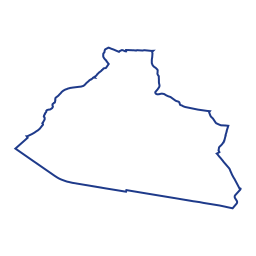 Zaanstad, Noord-Holland, Netherlands
{"feature_id": "6326949B52425900686836", "entity_name": "Zaanstad", "entity_type": "district", "adm_level": 2, "iso_a3": "NLD", "parent_name": "Netherlands", "parent_adm1": "Noord-Holland", "projection": "natural_earth1", "projection_center": [4.764, 52.469], "detail": "fine", "context": "isolated", "style": "outline", "palette": "blue", "viewbox_px": 256, "rotation_deg": 0, "n_neighbors": 0, "source": "geoboundaries", "source_scale": "gbopen_adm2", "svg_char_len": 5202}
<svg xmlns="http://www.w3.org/2000/svg" viewBox="0 0 256 256"><path d="M144.3,50.2L143.2,50.4L142.7,50.5L142.0,50.5L137.2,50.2L136.8,50.3L136.4,50.3L136.0,50.6L135.4,50.4L134.7,50.4L134.0,50.3L130.8,50.2L129.6,50.1L129.0,50.1L126.0,50.0L125.9,50.5L126.0,50.9L126.1,51.2L126.1,51.3L125.8,51.3L125.4,51.3L125.0,51.2L123.9,50.7L123.0,50.3L122.3,50.1L121.7,50.1L121.4,50.2L120.8,50.6L119.6,51.1L119.4,51.4L119.0,51.6L118.9,51.8L116.0,50.6L114.9,50.1L113.5,49.5L112.3,49.1L111.8,48.9L111.4,48.8L110.3,48.3L108.8,47.7L108.6,47.7L108.3,47.7L108.2,47.8L107.9,48.0L107.0,48.4L105.2,49.4L105.1,49.5L104.8,50.2L104.5,51.3L104.5,51.9L104.4,52.3L103.7,53.1L103.4,53.5L103.2,54.1L103.3,55.0L103.2,55.4L103.2,55.8L103.3,56.8L103.4,57.0L104.0,58.0L104.2,58.4L104.4,58.6L104.6,58.8L104.7,59.0L105.6,60.0L105.9,60.2L106.1,60.3L106.3,60.5L106.5,61.3L106.6,61.5L107.1,61.9L107.3,62.1L107.5,62.5L108.7,64.0L106.2,67.6L106.0,67.9L105.4,68.1L103.9,68.3L103.5,68.5L103.1,69.0L102.7,69.5L102.4,69.8L101.9,70.0L101.6,70.5L101.1,71.0L100.8,71.2L100.3,71.6L99.5,72.2L98.9,72.6L98.3,73.3L98.1,73.5L97.1,74.4L96.9,74.7L96.8,75.0L96.2,75.7L95.6,76.1L95.1,76.5L94.1,77.1L94.3,77.2L94.5,77.4L94.7,77.6L93.8,77.5L93.7,77.5L93.1,77.8L92.8,78.1L92.3,78.6L91.4,79.2L91.0,79.5L90.9,79.4L89.5,80.2L89.2,80.5L88.9,80.9L87.6,82.0L87.4,82.2L86.5,82.9L86.2,83.3L85.8,83.7L85.4,84.1L85.2,84.4L84.8,84.8L83.9,85.5L83.6,85.8L83.4,85.9L81.0,86.6L79.0,86.8L72.5,87.6L71.3,87.8L70.3,87.9L70.1,88.0L67.8,88.6L67.0,89.0L65.5,89.5L65.2,89.6L63.8,90.4L63.1,90.8L62.7,91.2L62.1,91.6L61.7,92.0L61.3,92.4L61.1,92.7L60.9,93.0L60.1,93.8L59.8,94.1L59.5,94.4L59.2,94.7L58.8,95.2L58.2,95.8L55.6,97.8L55.4,98.3L55.3,98.8L55.2,99.4L55.4,100.0L55.3,100.4L55.1,100.9L55.1,101.3L55.1,101.5L55.0,101.9L54.8,102.5L54.7,102.6L54.1,102.8L53.9,102.9L53.8,103.1L53.4,103.5L52.8,103.9L52.7,104.1L52.5,104.3L52.5,105.3L52.5,105.7L52.8,106.2L52.9,106.5L52.8,107.0L52.7,107.2L52.4,107.6L52.2,108.1L50.9,109.0L50.3,109.4L49.9,109.5L49.2,109.6L48.7,109.6L48.3,109.7L48.0,109.8L47.2,110.0L46.9,110.2L46.4,110.7L46.3,110.8L46.3,111.3L46.3,111.6L46.2,111.9L46.1,112.1L45.3,113.0L45.2,113.4L44.9,113.6L44.9,113.9L44.9,114.2L44.5,114.8L44.1,115.3L43.9,116.3L43.8,116.5L43.9,116.8L44.4,117.2L44.5,117.4L44.6,117.6L44.7,118.2L44.7,118.3L44.6,119.0L44.6,119.3L44.6,119.6L44.4,119.8L43.9,120.8L43.4,121.6L43.2,121.9L43.1,122.4L43.0,122.5L42.8,122.6L42.6,122.8L42.3,123.3L42.9,124.1L43.0,124.4L43.0,124.5L42.6,125.3L41.8,126.0L41.6,126.4L40.7,127.5L39.9,128.6L39.1,129.3L37.7,130.5L36.6,131.1L34.5,132.6L33.3,133.3L31.9,134.1L27.7,136.1L26.9,136.3L26.7,136.3L26.9,136.6L27.1,136.8L27.2,137.3L27.6,137.8L15.4,148.6L33.5,161.2L41.2,166.5L54.9,176.0L56.8,177.2L57.4,177.6L59.2,178.6L60.5,179.2L61.7,179.7L63.6,180.4L66.4,181.4L67.4,181.7L68.5,181.9L72.3,182.8L105.7,188.4L126.0,191.7L126.4,190.1L132.3,191.1L145.5,193.3L173.4,197.9L193.6,201.3L194.5,201.4L197.3,201.8L199.6,202.1L203.4,202.9L205.9,203.3L219.6,205.5L222.9,206.2L224.8,206.6L227.0,207.1L232.6,208.3L236.7,203.5L236.8,203.3L237.0,202.9L237.1,202.5L237.1,202.1L237.1,201.7L237.0,201.2L235.1,198.2L234.9,197.8L234.8,197.5L234.7,197.2L234.7,196.8L234.7,196.3L234.8,195.9L235.0,195.5L235.3,195.1L240.2,189.7L240.4,189.3L240.5,189.1L240.6,188.9L240.6,188.7L240.5,188.4L240.5,187.9L240.4,188.1L240.2,188.1L239.7,188.1L239.4,188.3L239.0,187.5L236.9,183.5L234.4,178.8L233.6,177.6L232.7,175.9L232.4,175.4L232.0,174.6L231.6,173.7L230.4,171.0L229.9,169.7L229.6,169.0L228.9,168.0L226.2,164.9L223.2,161.4L222.8,160.7L222.3,160.2L220.8,158.3L219.1,156.4L217.4,154.2L216.8,153.6L217.8,153.1L219.4,152.1L218.7,150.7L218.5,150.3L218.6,150.0L218.8,149.0L219.0,147.6L219.2,147.2L219.6,146.7L221.2,145.2L222.0,144.3L222.7,143.4L223.2,142.5L223.6,142.4L224.1,140.7L224.3,140.7L225.3,136.7L225.7,135.6L225.5,135.3L226.7,131.4L226.6,131.2L226.9,130.2L228.3,125.8L225.4,125.5L221.0,125.3L220.7,125.2L219.4,124.7L218.5,124.3L216.8,123.5L216.3,123.3L216.0,123.0L215.7,122.7L213.5,119.4L213.0,118.6L212.5,118.1L211.1,116.8L210.8,116.4L210.3,115.5L210.1,114.9L209.4,113.1L209.1,112.3L209.1,112.2L209.4,111.7L209.8,111.2L207.0,110.9L197.9,109.6L185.2,107.0L183.5,106.4L182.9,106.1L182.3,105.7L182.1,105.6L180.2,104.9L179.6,103.4L179.4,102.5L179.2,102.2L178.7,101.8L178.0,101.5L176.6,101.1L175.6,100.7L170.5,97.0L168.3,96.3L167.2,95.8L165.8,95.1L164.6,94.3L164.0,94.0L163.4,93.9L162.3,93.7L161.2,93.7L160.8,93.8L159.4,94.1L159.2,94.2L158.1,94.3L157.3,94.3L156.9,94.2L156.5,94.1L156.3,94.0L156.0,93.8L155.8,93.6L155.6,93.3L155.5,93.1L155.3,92.8L155.3,92.5L155.3,92.4L155.3,92.1L156.2,91.0L157.6,89.4L158.8,87.6L159.0,87.4L159.2,86.9L159.4,86.4L159.5,85.8L159.5,85.6L159.4,84.8L159.0,83.1L158.9,82.1L158.9,81.5L158.9,80.8L158.9,79.3L158.8,78.1L158.8,76.3L158.7,76.0L158.4,75.7L158.0,75.1L157.8,74.7L157.6,74.3L157.5,74.0L157.5,73.8L157.4,73.3L157.5,72.9L157.6,72.2L157.6,71.5L157.6,71.1L157.6,70.8L157.7,70.4L157.6,70.1L157.4,69.6L156.3,68.5L155.7,67.9L153.8,66.6L153.1,65.8L152.7,65.3L152.4,64.7L151.9,63.3L151.8,63.1L151.8,61.5L151.8,60.0L151.9,59.0L152.2,57.2L152.4,54.3L152.5,53.9L152.5,53.7L152.4,53.3L152.3,52.9L152.2,52.5L152.3,52.1L152.4,51.7L152.7,51.3L153.2,50.8L151.4,50.9L150.5,50.8L144.3,50.2Z" fill="none" stroke="#1e3a8a" stroke-width="2"/></svg>